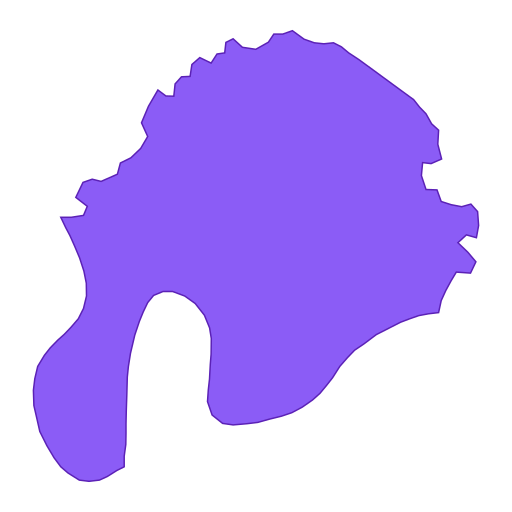 the district of Caxambu do Sul, Santa Catarina, Brazil
{"feature_id": "56859067B6253969040856", "entity_name": "Caxambu do Sul", "entity_type": "district", "adm_level": 2, "iso_a3": "BRA", "parent_name": "Brazil", "parent_adm1": "Santa Catarina", "projection": "natural_earth1", "projection_center": [-52.929, -27.152], "detail": "fine", "context": "isolated", "style": "filled", "palette": "violet", "viewbox_px": 512, "rotation_deg": 0, "n_neighbors": 0, "source": "geoboundaries", "source_scale": "gbopen_adm2", "svg_char_len": 1858}
<svg xmlns="http://www.w3.org/2000/svg" viewBox="0 0 512 512"><path d="M60.8,217.3L65.8,227.8L69.9,235.5L74.5,245.8L79.6,257.9L83.9,271.1L86.3,283.2L86.5,296.0L83.5,308.5L78.3,318.8L70.8,327.5L64.2,334.4L57.8,340.1L50.3,347.8L44.4,355.3L37.7,366.4L34.8,378.7L33.4,390.3L33.9,405.6L36.7,417.8L39.8,431.5L46.9,445.7L54.1,457.8L60.8,466.8L68.0,473.0L79.3,480.1L89.0,481.3L99.4,480.1L107.3,476.5L117.0,470.4L124.2,466.8L124.2,456.2L125.8,444.5L126.0,433.4L126.0,423.4L126.3,410.1L126.8,395.3L127.3,377.1L128.4,366.4L130.5,353.2L134.8,335.0L139.4,321.3L143.2,312.0L147.7,302.6L153.6,295.4L163.0,291.5L172.6,291.5L184.7,296.0L195.2,303.5L204.4,315.2L209.6,327.9L211.3,338.5L211.1,354.2L210.3,364.4L209.5,379.1L208.3,389.9L207.5,401.6L212.1,415.0L222.6,423.4L233.1,424.9L247.0,423.7L257.8,422.4L269.2,419.2L281.4,416.2L291.8,412.7L302.3,407.1L312.5,400.0L320.0,393.3L326.7,385.2L332.6,377.7L339.8,366.4L347.4,357.7L354.6,350.2L364.2,343.7L376.3,334.6L400.4,322.3L409.6,318.8L418.8,315.6L428.4,313.8L438.6,312.6L441.2,300.6L445.8,290.5L451.2,280.6L456.3,272.1L470.5,273.1L475.9,261.8L467.9,252.3L457.9,242.7L466.4,234.9L476.4,237.7L478.6,225.5L477.6,211.6L470.9,204.1L461.7,206.7L451.2,204.7L441.2,201.5L437.0,189.9L426.0,189.5L421.4,175.6L422.6,162.6L431.1,163.6L441.6,159.0L437.8,144.2L438.6,130.2L431.6,123.8L426.0,113.8L419.6,107.2L413.7,99.7L358.9,59.6L348.7,52.9L341.5,46.9L333.5,42.8L323.8,43.8L314.3,42.8L304.1,39.2L292.4,30.7L282.7,34.1L273.8,34.1L268.4,42.2L255.8,49.3L242.4,47.3L233.1,38.8L225.9,42.4L224.7,52.9L217.0,54.0L211.1,63.1L199.8,57.6L191.9,64.5L190.1,76.4L181.5,76.8L175.1,83.9L173.8,96.2L165.9,96.0L157.9,90.0L148.5,106.2L141.5,122.8L147.7,136.5L140.7,148.4L130.9,157.8L120.4,163.0L117.4,174.2L101.1,181.4L92.2,179.2L83.0,182.4L75.8,197.4L87.3,206.3L83.5,215.4L71.2,217.3L60.8,217.3Z" fill="#8b5cf6" stroke="#5b21b6" stroke-width="1.5"/></svg>